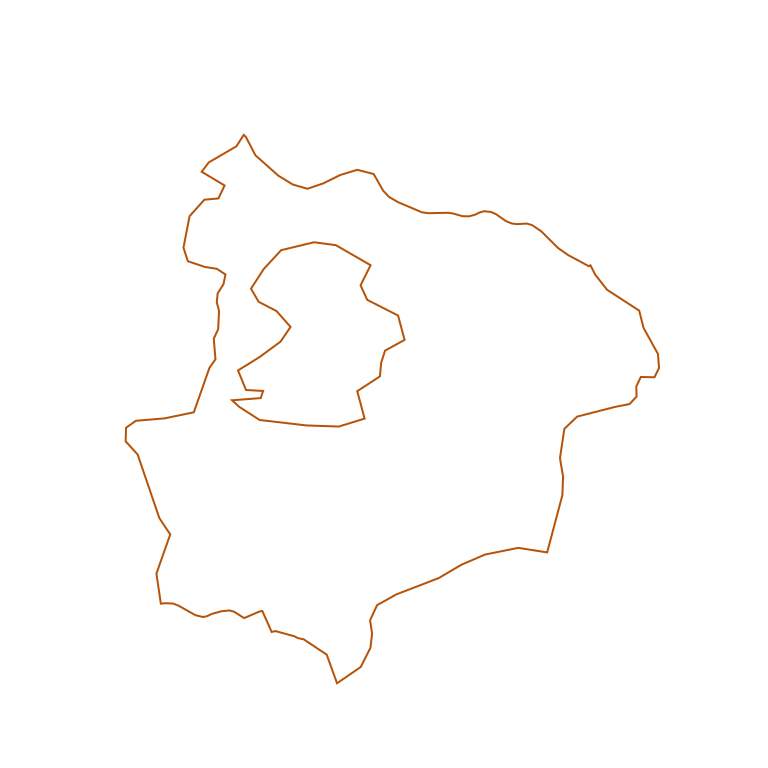 an SVG outline of Hajdú-Bihar, rotated 255°
{"feature_id": "HUN-3173", "entity_name": "Hajdú-Bihar", "entity_type": "County", "adm_level": 1, "iso_a3": "HUN", "parent_name": "Hungary", "parent_adm1": "", "projection": "equal_earth", "projection_center": [21.543, 47.451], "detail": "fine", "context": "isolated", "style": "outline", "palette": "amber", "viewbox_px": 768, "rotation_deg": 255, "n_neighbors": 0, "source": "natural_earth", "source_scale": "10m", "svg_char_len": 1907}
<svg xmlns="http://www.w3.org/2000/svg" viewBox="0 0 768 768"><g transform="rotate(255 384 384)"><path d="M660.9,313.0L658.5,314.5L638.2,319.0L612.5,335.9L600.2,347.6L592.4,360.6L593.5,377.2L597.2,395.7L597.8,413.6L589.5,428.4L571.0,433.2L563.5,437.2L556.0,444.6L540.0,465.1L537.4,471.4L532.7,490.6L530.5,495.4L525.7,503.4L524.0,509.3L523.9,515.5L524.9,520.4L525.0,525.3L522.5,531.9L519.0,536.2L509.8,543.9L505.9,549.1L504.0,553.9L502.0,563.4L499.2,568.1L490.8,575.4L470.2,587.4L460.9,595.2L444.7,612.4L445.3,614.1L445.1,614.2L435.0,616.3L417.2,623.9L388.8,649.5L371.1,649.2L342.1,656.4L328.3,653.8L320.5,647.0L324.3,633.9L316.4,627.1L306.5,624.7L301.1,616.1L302.1,600.8L302.5,562.1L294.0,546.6L266.9,534.8L248.2,533.0L230.4,527.5L179.1,498.0L191.0,471.2L193.1,437.3L189.4,412.0L182.4,386.7L177.6,341.5L172.2,320.1L159.4,309.4L146.0,307.9L132.7,302.6L116.7,288.3L107.1,261.2L137.4,258.6L158.2,240.3L160.8,235.1L163.4,232.3L173.4,215.3L173.6,211.3L196.3,207.7L196.4,204.4L194.1,188.3L202.8,180.3L205.3,176.1L206.6,167.7L206.5,157.9L205.5,152.8L205.8,148.8L209.5,142.0L223.1,128.1L226.5,123.5L228.8,116.2L229.6,111.6L259.8,115.1L294.0,138.6L312.6,132.3L379.6,127.8L395.5,119.6L408.5,123.5L412.7,134.8L407.6,163.1L405.9,193.0L444.7,219.5L451.5,227.6L471.8,231.3L479.9,238.0L497.3,243.6L506.1,243.6L514.6,246.8L522.0,254.8L530.8,259.2L538.5,252.4L543.4,241.3L553.4,226.3L567.6,225.6L596.4,239.6L608.5,258.2L606.1,272.1L617.0,281.4L636.2,262.8L643.4,272.1L651.8,302.9L660.7,312.8L660.9,313.0ZM408.6,265.4L402.3,261.3L407.6,233.0L399.2,238.4L381.4,254.6L364.1,298.2L354.6,329.3L355.6,356.3L384.0,356.3L392.4,382.0L405.5,386.9L416.0,393.7L421.3,415.3L446.5,415.3L469.6,389.6L485.4,386.9L502.2,401.8L530.6,373.4L539.0,353.1L539.9,319.3L526.3,297.7L510.5,280.2L495.8,284.2L482.2,299.1L463.3,308.5L451.7,295.0L442.2,270.7L434.9,246.5L413.9,249.2L408.6,265.4Z" fill="none" stroke="#b45309" stroke-width="2"/></g></svg>